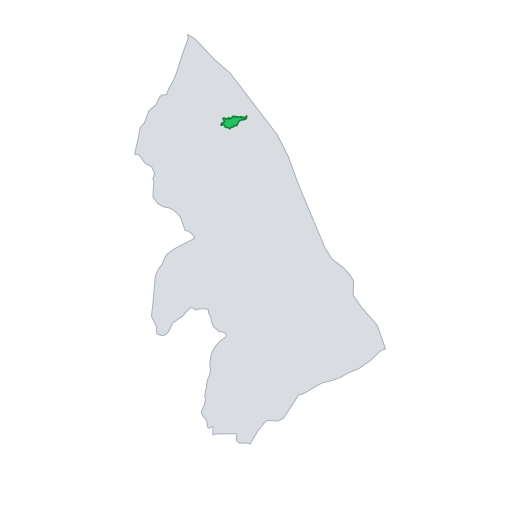 Jaedae, Sinoe, Liberia (highlighted), rotated 201°
{"feature_id": "62588387B27805419534049", "entity_name": "Jaedae", "entity_type": "district", "adm_level": 2, "iso_a3": "LBR", "parent_name": "Liberia", "parent_adm1": "Sinoe", "projection": "natural_earth1", "projection_center": [-8.506, 5.086], "detail": "fine", "context": "in_parent", "style": "filled", "palette": "green", "viewbox_px": 512, "rotation_deg": 201, "n_neighbors": 0, "source": "geoboundaries", "source_scale": "gbopen_adm2", "svg_char_len": 4988}
<svg xmlns="http://www.w3.org/2000/svg" viewBox="0 0 512 512"><g transform="rotate(201 256 256)"><path d="M101.9,215.8L105.9,211.9L111.7,199.5L119.9,187.4L127.6,180.3L133.6,173.0L140.0,167.4L149.2,160.8L163.2,143.6L166.5,141.6L168.8,129.7L172.3,114.5L176.4,109.7L185.9,106.9L188.1,104.3L191.5,93.6L193.7,81.1L193.9,78.4L197.7,78.1L204.1,75.4L207.8,76.6L209.4,80.2L210.3,83.2L229.7,75.5L231.5,73.8L232.5,74.1L234.9,81.1L236.3,80.7L237.5,78.7L238.8,78.5L240.3,79.4L241.8,82.7L244.3,85.6L248.5,87.7L251.2,90.5L250.9,98.0L251.9,105.3L253.7,107.0L254.7,111.3L255.2,116.1L256.2,118.6L256.9,123.4L256.6,128.6L257.3,132.3L260.4,138.5L262.3,146.4L262.4,152.0L261.2,157.9L259.2,163.3L255.5,169.2L255.2,171.5L257.4,173.0L260.6,173.3L263.4,172.1L270.3,174.8L273.9,178.7L277.0,183.5L279.9,185.9L281.2,188.9L286.1,188.1L291.8,185.2L292.9,183.8L294.6,184.5L298.3,184.8L300.8,179.6L302.9,173.6L307.3,167.1L309.5,164.5L310.1,160.4L310.3,155.0L311.9,150.3L315.5,147.8L319.5,147.8L321.6,148.8L322.7,153.3L325.8,156.7L328.5,159.1L330.0,160.1L332.2,162.7L334.4,171.9L342.8,201.2L342.3,209.3L340.7,214.7L340.6,219.8L340.1,225.0L334.9,233.4L319.7,250.5L320.9,252.0L324.5,254.0L328.2,255.0L331.3,254.5L335.1,258.8L339.2,264.1L343.5,267.0L349.7,269.4L355.2,269.7L359.9,268.7L366.4,269.8L373.4,274.3L375.9,281.6L377.6,288.1L380.0,291.3L380.3,296.9L385.3,301.8L392.4,302.7L401.5,308.5L403.9,308.2L404.9,307.4L406.0,308.5L408.3,325.1L410.1,333.8L409.2,337.4L407.9,340.1L407.9,353.5L403.7,361.2L403.0,369.6L401.9,372.3L397.4,374.7L397.4,381.2L396.2,389.0L395.8,397.2L397.0,418.9L397.3,435.1L399.3,438.2L390.6,436.8L365.2,424.5L345.6,417.4L280.0,377.0L261.8,360.7L240.8,336.6L194.2,288.0L183.6,280.2L170.1,276.4L161.8,272.2L156.0,267.7L151.2,254.2L139.6,246.2L118.1,234.8L101.9,215.8Z" fill="#d9dde1" stroke="#a8b0b8" stroke-width="1"/><path d="M335.3,365.6L335.1,365.7L334.7,365.9L334.4,366.2L334.2,366.6L333.8,367.0L333.5,367.2L333.0,367.0L332.3,366.4L331.5,366.0L331.0,365.6L330.7,365.2L330.3,365.3L330.0,365.6L329.7,365.6L329.1,365.6L328.7,365.8L328.1,365.7L327.9,365.7L327.5,365.6L327.2,365.7L326.9,365.7L326.4,365.5L325.9,365.5L325.7,365.6L325.8,366.1L325.6,367.0L325.2,367.4L324.8,367.7L324.3,367.8L323.9,368.0L323.5,368.4L323.3,368.6L323.1,368.8L323.1,369.2L323.5,369.7L323.5,369.8L323.1,369.9L322.6,370.1L321.7,370.3L321.5,370.6L320.9,371.0L320.5,371.1L320.8,371.5L321.1,371.8L320.8,372.1L320.6,372.5L320.4,373.0L320.4,373.3L320.4,373.8L320.3,374.1L320.4,374.4L320.3,374.9L320.3,375.2L320.1,375.7L319.8,376.3L319.7,376.6L319.2,376.8L318.9,377.2L318.6,377.8L318.2,377.9L317.5,378.1L317.4,378.1L317.3,378.4L316.9,378.6L316.2,378.8L315.5,379.3L315.0,379.8L314.8,380.0L314.6,380.3L314.3,380.9L314.5,381.4L314.7,381.8L314.6,382.1L314.4,382.7L314.6,382.8L315.0,383.3L315.1,383.1L315.3,382.7L315.5,382.2L315.7,381.7L315.4,381.5L315.6,381.2L315.9,381.3L316.2,381.4L316.3,381.2L316.4,380.9L316.6,380.7L316.8,380.4L317.0,380.5L317.3,380.6L317.6,381.0L318.1,380.9L318.7,380.8L318.9,380.5L318.9,380.2L319.1,380.2L319.2,380.5L319.3,380.7L319.6,380.7L319.7,380.3L319.9,380.2L320.1,380.0L320.3,379.8L320.4,380.0L320.4,380.3L320.6,380.4L320.9,379.9L321.3,379.7L321.6,379.6L321.5,379.3L321.8,379.6L322.1,379.5L322.3,379.5L322.5,379.4L322.6,379.5L322.8,379.5L323.0,379.4L323.1,379.2L323.2,379.3L323.3,379.3L323.3,379.2L323.5,378.9L323.6,379.0L323.7,378.9L323.8,378.9L324.0,378.8L324.4,378.9L324.6,378.8L324.7,378.7L324.9,378.6L325.1,378.5L325.2,378.4L325.3,378.4L325.5,378.3L325.6,378.5L325.8,378.7L325.9,378.3L325.9,378.1L326.0,378.0L326.1,378.3L326.3,378.2L326.3,377.9L326.5,377.9L326.6,378.0L326.8,377.9L326.9,378.0L327.0,378.0L327.1,377.9L327.3,377.8L327.5,377.8L327.7,377.7L327.8,377.6L327.8,377.8L327.9,377.7L327.9,377.4L328.0,377.4L328.0,377.2L327.9,377.1L328.0,376.9L328.1,376.7L328.2,376.4L328.2,376.2L328.2,375.8L328.3,375.7L328.6,375.7L328.8,375.5L328.9,375.4L328.9,375.2L329.0,375.1L329.0,375.3L329.2,375.2L329.3,375.0L329.5,375.1L329.8,375.2L329.8,375.3L330.0,375.3L330.1,375.2L330.3,375.1L330.5,375.3L330.6,375.2L330.7,374.9L330.8,374.9L331.0,375.0L331.0,374.9L331.0,374.7L330.9,374.5L331.0,374.5L331.0,374.4L331.4,374.4L331.4,374.2L331.5,374.2L331.7,374.3L331.8,374.2L332.0,374.1L332.1,373.9L332.2,373.7L332.3,373.6L332.5,373.6L332.8,373.7L333.0,373.6L333.0,373.4L333.2,373.2L333.3,373.4L333.3,373.5L333.5,373.5L333.6,373.4L333.6,373.1L333.8,372.9L334.1,372.8L334.3,372.9L334.3,373.1L334.6,373.3L334.8,373.4L335.0,373.2L335.1,372.9L335.0,373.0L334.9,372.9L335.0,372.7L335.2,372.8L335.2,373.0L335.3,373.2L335.7,373.0L335.9,372.8L336.1,372.8L336.3,372.6L336.2,372.5L335.9,372.3L335.4,371.8L335.2,371.5L334.9,371.2L334.6,371.1L334.3,371.0L334.0,370.8L333.6,370.4L333.5,370.0L333.4,369.6L333.5,369.5L333.9,369.4L334.2,369.2L334.4,369.0L334.6,368.6L334.7,368.2L334.8,368.0L335.0,368.0L335.2,367.9L335.2,367.7L335.4,367.7L335.5,367.7L335.3,367.4L335.1,367.3L335.3,366.9L335.4,366.6L335.5,366.5L335.6,366.3L335.8,366.2L335.5,365.8L335.4,365.6L335.3,365.6Z" fill="#22c55e" stroke="#15803d" stroke-width="1.5"/></g></svg>